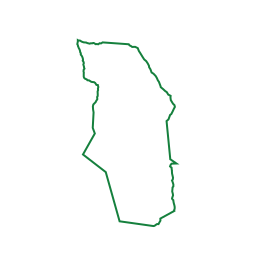 Sina Sina Yonggomugl District, Chimbu, Papua New Guinea (Equal Earth projection), rotated 157°
{"feature_id": "67681753B55512371565991", "entity_name": "Sina Sina Yonggomugl District", "entity_type": "district", "adm_level": 2, "iso_a3": "PNG", "parent_name": "Papua New Guinea", "parent_adm1": "Chimbu", "projection": "equal_earth", "projection_center": [145.006, -6.094], "detail": "fine", "context": "isolated", "style": "outline", "palette": "green", "viewbox_px": 256, "rotation_deg": 157, "n_neighbors": 0, "source": "geoboundaries", "source_scale": "gbopen_adm2", "svg_char_len": 2075}
<svg xmlns="http://www.w3.org/2000/svg" viewBox="0 0 256 256"><g transform="rotate(157 128 128)"><path d="M172.2,45.4L142.9,27.8L141.8,27.6L139.7,28.1L138.7,28.2L137.5,27.6L135.8,29.0L134.4,30.0L133.6,32.0L117.7,33.6L117.7,34.3L116.7,35.3L115.9,37.0L115.5,38.8L115.3,40.5L115.0,42.1L114.5,43.9L115.0,45.1L115.0,46.0L114.1,47.0L112.8,48.5L112.4,50.2L112.1,52.3L110.8,54.7L110.2,55.9L109.1,56.5L108.3,58.3L108.1,59.9L108.0,61.3L108.0,62.5L107.0,63.0L106.0,64.6L105.7,66.2L105.2,69.0L104.3,71.5L104.2,71.6L104.1,71.9L104.1,72.2L104.0,72.6L103.9,72.9L103.8,73.4L103.6,73.8L103.6,74.1L103.5,74.3L103.4,74.4L103.4,74.5L104.3,76.2L103.3,77.3L102.1,78.0L101.7,78.1L97.3,76.4L101.3,82.7L89.8,119.3L87.4,120.1L85.6,122.0L84.1,123.6L82.7,123.9L80.1,126.1L78.7,127.4L76.6,129.1L76.3,130.9L77.1,132.8L77.7,136.9L77.1,139.2L76.2,141.0L77.9,143.0L78.3,145.9L79.3,147.4L80.4,149.9L81.9,152.8L81.7,153.7L81.5,158.5L81.9,160.2L81.9,162.6L82.2,165.0L83.3,168.0L84.6,169.9L84.4,173.2L84.8,175.7L84.4,177.1L84.6,179.7L85.1,182.4L86.3,184.8L86.8,187.7L87.5,192.5L87.9,194.6L87.8,197.7L89.7,199.9L92.5,201.0L93.2,202.2L94.3,203.5L94.6,204.8L117.9,216.7L119.8,216.4L121.0,217.1L122.7,216.7L123.9,217.5L124.9,217.7L126.3,219.6L127.0,219.9L127.8,219.9L129.1,220.5L130.3,220.6L132.3,222.1L133.1,223.0L135.4,224.2L136.9,225.6L138.0,227.2L139.7,228.1L139.9,228.4L140.4,227.2L141.9,225.0L141.8,223.7L142.1,222.6L142.0,222.1L142.1,220.5L141.9,219.5L142.0,218.0L142.4,216.2L142.2,215.3L142.8,214.0L142.5,212.9L142.3,211.8L142.4,209.8L142.8,208.2L143.4,207.6L143.1,206.5L143.3,205.0L144.3,203.9L144.6,201.4L144.8,201.0L144.9,199.6L145.9,199.1L146.8,197.6L147.1,196.0L147.5,195.4L148.7,192.5L148.8,191.4L148.2,190.0L147.0,188.9L146.7,187.8L145.3,187.1L143.7,184.8L142.4,184.0L141.4,183.5L140.6,182.3L140.2,180.0L139.0,179.4L139.3,177.3L140.3,176.0L140.7,174.6L141.7,173.5L142.8,170.6L143.4,169.3L144.3,168.6L145.0,166.5L147.2,165.0L147.6,164.5L150.7,163.2L151.9,161.6L152.9,158.7L153.6,155.8L160.4,141.9L160.7,135.9L179.8,121.2L165.7,96.1L172.2,45.4Z" fill="none" stroke="#15803d" stroke-width="2"/></g></svg>